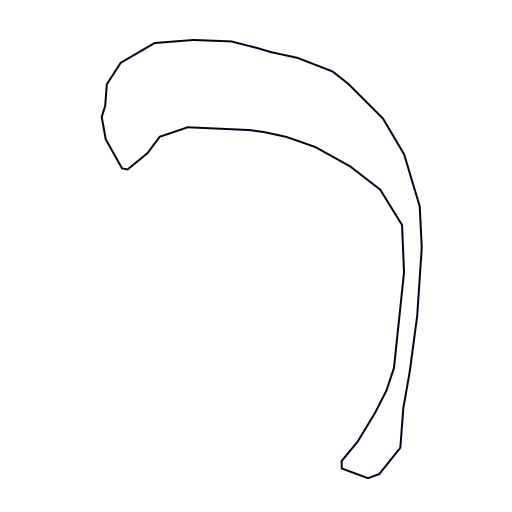 outline of Lekinoch, Federated States of Micronesia, rotated 275°
{"feature_id": "79324940B50193929074024", "entity_name": "Lekinoch", "entity_type": "district", "adm_level": 2, "iso_a3": "FSM", "parent_name": "Federated States of Micronesia", "parent_adm1": "", "projection": "natural_earth1", "projection_center": [153.813, 5.505], "detail": "fine", "context": "isolated", "style": "outline", "palette": "ink", "viewbox_px": 512, "rotation_deg": 275, "n_neighbors": 0, "source": "geoboundaries", "source_scale": "gbopen_adm2", "svg_char_len": 672}
<svg xmlns="http://www.w3.org/2000/svg" viewBox="0 0 512 512"><g transform="rotate(275 256 256)"><path d="M380.9,238.9L380.2,252.8L377.3,275.8L369.7,305.6L353.4,342.1L332.9,374.0L299.6,398.8L252.5,404.9L156.5,403.2L133.1,397.6L110.0,388.2L80.1,373.5L59.1,359.1L51.8,360.0L44.4,386.9L49.5,397.8L77.6,416.5L117.1,416.0L153.8,419.2L210.2,421.8L278.7,420.4L319.6,414.8L370.2,394.7L404.0,370.5L435.7,332.7L446.4,316.4L457.0,280.0L460.4,253.0L463.2,239.5L467.6,212.6L465.7,174.4L459.3,136.4L436.7,104.4L414.0,92.4L392.6,92.7L381.0,90.2L359.2,96.1L331.6,114.9L331.0,120.5L349.1,139.0L366.4,149.7L378.3,176.8L380.9,238.9Z" fill="none" stroke="#020617" stroke-width="2"/></g></svg>